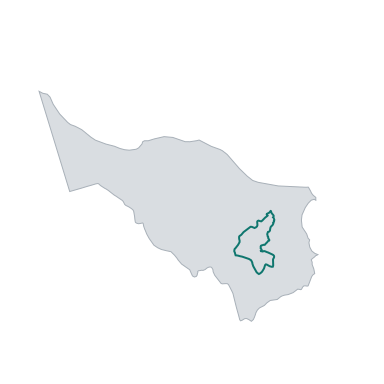 where Fès - Boulemane sits in Morocco, rotated 73°
{"feature_id": "MAR-1446", "entity_name": "Fès - Boulemane", "entity_type": "Region", "adm_level": 1, "iso_a3": "MAR", "parent_name": "Morocco", "parent_adm1": "", "projection": "natural_earth1", "projection_center": [-4.364, 33.462], "detail": "fine", "context": "in_parent", "style": "outline", "palette": "teal", "viewbox_px": 384, "rotation_deg": 73, "n_neighbors": 0, "source": "natural_earth", "source_scale": "10m", "svg_char_len": 4170}
<svg xmlns="http://www.w3.org/2000/svg" viewBox="0 0 384 384"><g transform="rotate(73 192 192)"><path d="M53.9,305.9L56.2,301.8L59.8,300.0L67.5,299.1L78.8,295.7L89.0,290.6L91.9,288.6L95.0,284.5L100.2,279.2L109.8,272.8L114.2,269.2L121.0,260.3L125.5,252.9L129.3,248.2L131.9,244.0L133.7,239.7L134.8,232.8L134.2,230.1L131.4,225.7L129.6,224.6L129.1,222.5L130.2,218.8L130.2,212.5L130.9,202.5L134.2,194.4L141.9,183.8L143.3,179.4L144.3,172.5L144.4,170.0L154.0,160.2L159.6,152.7L161.5,150.8L166.4,147.4L183.5,139.8L193.1,134.5L198.7,130.6L202.1,125.9L211.4,107.8L220.6,82.2L221.4,79.3L225.4,78.4L228.2,78.0L230.5,77.1L233.4,75.2L236.1,76.0L234.7,77.3L234.7,80.4L236.7,84.1L240.0,88.2L246.1,93.5L250.9,95.6L257.7,96.9L265.6,94.6L270.1,94.5L272.2,93.5L274.6,95.0L279.1,95.5L283.4,94.7L286.6,92.5L288.7,89.9L289.0,91.2L289.1,92.5L289.7,93.3L291.0,96.6L291.7,97.8L294.2,97.6L296.4,98.3L301.2,98.0L305.9,98.5L306.6,100.6L307.9,102.3L312.8,106.1L315.7,108.4L315.7,109.3L314.8,111.2L314.5,112.5L315.2,113.9L317.0,115.7L317.2,116.5L316.7,117.4L315.8,119.3L317.8,124.7L318.2,130.0L317.7,133.7L317.7,135.8L318.0,137.7L319.7,141.9L318.6,148.9L319.9,152.8L321.6,155.9L322.6,161.4L324.0,164.0L326.3,166.3L327.6,167.1L330.1,169.0L331.9,170.6L333.0,173.0L330.7,174.9L329.0,176.7L328.5,178.6L329.3,181.6L329.4,183.2L328.2,183.7L323.6,183.5L319.9,183.4L315.7,183.3L309.8,183.0L306.1,182.8L301.1,182.5L299.4,182.7L294.8,183.5L291.6,184.1L291.0,184.3L290.0,185.0L289.3,187.2L288.7,189.8L288.0,190.9L278.3,194.6L274.5,195.1L272.3,194.7L270.7,195.0L269.3,195.8L268.9,197.0L268.8,198.5L269.1,200.0L270.0,202.1L270.2,204.3L269.6,205.8L269.5,207.3L269.2,208.9L269.7,209.8L270.6,209.9L271.6,210.7L272.9,211.3L274.0,212.6L274.0,214.5L273.1,215.5L272.3,216.1L268.6,216.6L265.7,216.9L261.9,219.9L257.9,223.0L253.1,225.1L251.0,225.7L247.3,227.2L242.9,229.6L240.7,233.6L238.0,238.1L235.3,241.1L231.7,244.0L228.3,245.1L224.1,246.5L218.8,247.6L215.0,247.9L213.9,248.1L210.6,248.2L208.9,248.0L207.7,247.9L207.2,248.2L207.1,248.9L207.0,250.5L206.7,252.4L205.7,254.0L204.9,254.7L204.1,255.0L201.3,254.6L198.9,254.1L193.4,253.4L192.3,253.6L191.9,253.7L190.1,254.8L187.4,257.1L185.6,259.1L184.2,260.0L181.0,260.5L179.6,261.2L173.5,266.1L172.2,267.3L166.0,271.6L164.2,273.1L162.8,274.5L159.1,277.6L156.7,279.0L156.3,279.9L156.1,281.8L156.1,286.1L156.0,290.2L156.0,296.2L155.9,302.2L155.8,308.8L51.0,308.8L53.9,305.9Z" fill="#d9dde1" stroke="#a8b0b8" stroke-width="1"/><path d="M238.3,120.9L238.8,120.9L239.2,121.1L239.7,121.7L239.9,121.9L240.3,121.5L240.5,121.5L242.6,121.4L242.9,121.5L243.2,121.7L243.3,122.0L243.6,122.2L243.8,122.2L244.3,122.2L244.6,122.5L244.8,123.0L245.2,123.5L245.9,123.4L246.8,124.2L247.4,125.0L248.0,126.3L248.7,127.2L250.3,128.1L251.6,128.7L252.3,129.5L252.5,130.3L252.4,131.0L253.0,131.5L254.3,132.4L255.0,132.4L256.7,132.6L257.0,132.3L257.7,132.4L258.9,132.6L259.7,132.2L260.6,132.1L261.0,132.4L260.9,132.8L261.0,133.3L262.2,135.1L262.8,136.3L263.8,137.9L263.4,139.0L263.5,140.2L263.4,141.0L263.6,141.8L264.1,142.2L264.6,142.4L265.2,142.5L265.9,142.8L267.4,142.3L267.9,142.3L268.3,143.0L268.4,143.4L268.7,143.4L269.6,141.7L269.5,141.0L269.6,140.3L269.9,139.7L271.7,137.5L272.0,137.0L272.3,136.7L275.0,133.7L275.9,132.8L276.8,132.3L277.6,132.3L278.4,132.6L279.0,133.1L279.5,133.7L280.4,134.3L285.9,135.8L286.6,136.2L287.1,136.6L286.8,137.7L285.7,139.4L283.2,141.8L282.8,142.6L283.3,143.5L286.2,145.5L288.7,148.3L289.7,150.4L290.0,152.0L288.8,153.0L287.5,153.7L281.0,155.1L278.4,155.2L277.0,155.0L275.7,155.2L274.5,155.5L272.7,157.1L268.5,162.9L267.4,164.9L266.3,166.6L265.8,167.6L265.3,168.8L263.7,168.8L262.8,168.7L261.0,168.9L259.8,168.4L258.9,167.8L258.4,166.8L256.1,163.5L253.9,161.2L252.5,160.7L250.6,160.6L248.7,160.1L247.9,159.3L247.7,158.4L247.3,157.3L245.4,154.4L242.4,146.2L242.8,145.0L244.7,142.7L244.5,141.2L243.9,139.9L242.8,139.1L239.6,138.4L238.9,137.7L238.8,136.8L240.0,135.0L240.3,134.3L239.9,133.2L237.9,129.6L237.0,127.2L236.7,126.6L236.1,126.8L235.8,127.1L235.2,127.1L234.8,126.8L234.7,126.1L234.5,125.1L234.3,124.1L233.7,123.2L232.7,121.8L233.1,122.0L233.6,122.1L235.0,122.1L235.8,121.9L237.9,121.0L238.3,120.9Z" fill="none" stroke="#0f766e" stroke-width="2"/></g></svg>